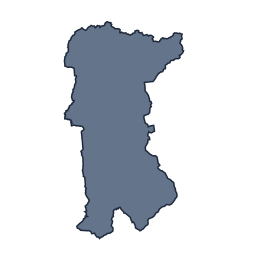 Det Khi Na, Mandalay, Myanmar (orthographic projection), rotated 85°
{"feature_id": "60261553B61671453611956", "entity_name": "Det Khi Na", "entity_type": "district", "adm_level": 2, "iso_a3": "MMR", "parent_name": "Myanmar", "parent_adm1": "Mandalay", "projection": "orthographic", "projection_center": [96.227, 19.679], "detail": "fine", "context": "isolated", "style": "filled", "palette": "slate", "viewbox_px": 256, "rotation_deg": 85, "n_neighbors": 0, "source": "geoboundaries", "source_scale": "gbopen_adm2", "svg_char_len": 5831}
<svg xmlns="http://www.w3.org/2000/svg" viewBox="0 0 256 256"><g transform="rotate(85 128 128)"><path d="M172.2,176.7L173.3,175.4L180.7,175.4L181.5,175.5L182.0,176.0L182.8,176.0L183.3,175.8L184.2,174.8L185.9,175.7L188.5,175.7L188.7,176.0L189.8,176.1L192.6,175.1L196.5,172.9L197.3,173.4L197.8,173.2L198.6,174.1L200.3,175.1L200.9,175.7L202.0,177.3L202.6,177.5L203.5,177.2L203.9,176.8L205.4,176.9L206.9,176.4L207.3,177.0L207.6,178.2L207.9,177.8L208.9,177.2L210.5,176.8L210.9,177.3L211.6,177.3L212.7,176.1L212.8,176.6L212.1,177.7L212.1,178.4L213.9,178.5L214.5,179.6L214.5,180.1L216.6,181.0L219.3,185.0L221.5,187.6L223.3,187.2L224.1,185.6L225.8,184.0L226.9,176.8L226.8,175.9L227.9,174.1L230.1,173.3L230.0,170.4L232.0,169.7L234.0,168.3L234.2,166.7L235.6,166.0L234.8,165.0L234.0,162.7L232.8,161.2L232.2,158.8L231.3,158.1L231.1,154.9L229.4,152.1L226.5,151.7L225.9,151.9L224.1,153.2L221.8,152.4L221.1,151.8L220.5,151.9L219.8,151.6L219.0,151.7L218.0,152.5L215.7,151.6L215.1,150.5L214.7,150.2L213.9,150.3L213.2,150.5L211.5,149.7L209.5,149.9L207.9,148.5L207.9,147.8L208.3,146.9L207.0,146.2L207.0,145.9L207.8,145.1L206.5,143.9L206.5,142.6L207.4,142.6L211.2,139.7L212.4,139.4L212.7,138.0L217.3,133.4L219.5,133.1L221.5,132.2L222.5,132.1L222.0,131.2L223.1,130.3L226.2,129.2L227.8,129.3L228.5,128.9L229.2,128.0L230.3,126.1L231.4,125.2L231.2,124.1L230.3,122.9L229.9,121.7L227.0,118.8L226.3,117.1L225.6,116.5L224.9,116.3L221.8,116.3L220.3,115.3L219.6,113.3L219.3,111.8L218.0,109.7L214.9,107.4L214.6,106.0L214.3,105.4L211.6,103.8L211.0,103.1L209.6,101.0L209.1,98.1L208.1,97.1L207.7,96.4L207.7,95.6L208.3,93.6L207.8,91.9L207.3,91.1L205.2,89.0L204.1,88.0L202.4,87.0L201.4,85.8L200.2,85.1L197.1,85.2L195.0,86.1L192.7,86.1L190.4,87.0L186.6,87.2L186.1,87.4L184.9,89.1L184.1,89.3L183.8,89.9L183.0,90.6L181.5,93.1L180.2,93.3L176.0,95.0L174.8,96.6L173.6,97.6L173.3,99.1L171.0,101.4L170.3,101.7L169.4,101.6L168.8,101.0L168.2,99.7L167.8,99.5L165.6,101.0L160.3,101.5L159.0,101.9L157.9,103.4L158.1,104.1L157.8,105.8L155.5,108.9L153.1,110.9L152.5,111.5L152.1,112.4L149.5,112.5L147.9,112.2L144.5,109.7L141.3,109.1L141.5,107.4L139.2,107.5L137.9,108.6L136.6,109.0L133.5,107.6L134.4,106.7L134.9,105.2L134.7,104.6L134.0,103.3L133.5,101.9L127.6,102.2L127.9,105.7L128.6,107.7L126.1,108.2L125.5,109.2L125.1,109.6L124.8,110.3L119.5,111.3L117.0,110.9L116.1,106.8L114.6,105.1L110.1,104.4L108.6,102.9L108.0,103.4L106.8,103.4L105.6,102.3L103.7,102.8L103.6,103.9L100.7,104.2L97.4,104.9L94.6,106.2L92.6,107.8L90.1,107.5L86.2,107.5L85.0,107.8L84.0,107.6L83.8,98.8L80.9,96.3L79.1,95.2L76.6,92.9L76.1,92.8L76.1,92.0L75.0,90.6L75.1,89.2L74.8,88.6L73.9,87.8L72.9,87.7L72.1,86.5L72.2,85.6L71.4,85.4L69.6,85.5L68.7,85.2L68.2,84.5L67.9,83.6L67.0,82.9L66.8,81.2L66.5,80.5L65.0,80.0L64.6,79.4L64.6,78.4L64.4,77.7L64.6,76.6L64.0,76.1L63.2,74.7L63.2,72.7L63.4,71.5L62.3,70.0L60.1,70.6L60.0,69.4L57.9,67.0L55.8,65.9L55.3,66.7L54.4,67.1L53.2,66.5L51.0,67.0L50.0,67.4L48.2,68.8L47.8,68.8L46.3,68.0L45.0,68.1L44.4,66.6L43.5,66.3L42.7,66.4L42.2,66.7L41.0,66.6L40.3,66.5L39.8,66.0L39.3,65.9L39.3,66.2L38.1,68.0L38.3,69.4L37.5,71.7L37.5,72.7L37.3,73.4L38.4,74.7L39.2,74.7L39.9,75.3L40.8,76.8L41.1,77.9L41.6,78.2L41.6,79.1L42.4,80.6L42.5,81.6L41.9,83.5L42.2,84.1L42.0,84.6L41.6,84.8L41.2,85.4L41.8,85.8L41.7,86.6L42.2,87.4L42.9,87.7L43.7,88.7L44.5,88.9L44.9,90.2L44.0,92.9L43.9,95.3L42.3,95.4L41.5,96.1L39.9,94.8L39.4,94.7L37.8,96.6L37.5,98.9L38.1,99.7L36.5,101.1L37.0,102.6L37.1,104.5L34.1,105.9L34.5,106.5L33.8,108.9L32.6,108.8L31.8,109.1L31.5,110.8L32.1,112.7L32.7,112.6L33.8,112.9L34.1,115.0L35.1,115.9L35.0,116.6L35.6,117.5L35.5,118.5L34.5,119.4L34.4,120.8L33.2,121.6L33.0,122.7L33.2,124.0L31.9,126.1L32.6,127.2L32.4,127.8L30.3,127.6L29.7,127.2L29.1,127.6L28.7,128.0L28.2,129.3L28.0,132.5L27.3,132.7L26.3,133.9L25.8,135.0L24.6,135.9L23.3,135.2L22.2,136.4L21.6,136.0L21.2,137.8L20.4,139.4L20.4,139.9L21.2,140.6L21.1,140.9L21.6,141.7L23.3,142.2L23.9,143.0L23.9,144.1L24.3,145.8L25.3,147.0L24.0,147.1L23.6,147.9L23.8,148.8L23.2,149.5L25.3,151.7L25.1,152.1L23.5,152.5L23.6,153.2L23.2,154.7L22.6,155.8L23.6,157.2L24.1,158.7L26.3,160.6L27.0,161.7L25.8,163.9L24.7,164.5L24.2,165.2L25.3,166.6L26.1,169.2L27.8,172.6L29.0,172.5L30.1,172.9L30.7,173.8L30.9,174.7L33.3,176.9L35.1,177.3L36.0,179.0L38.0,179.8L40.4,180.6L41.4,180.5L42.3,181.0L43.1,180.5L46.6,180.8L47.4,181.5L47.8,182.4L48.5,183.2L49.3,183.3L49.8,183.1L50.4,183.3L51.3,184.5L55.8,185.5L59.3,185.3L60.2,185.5L61.0,185.3L61.2,184.5L62.2,182.9L62.5,178.8L63.4,177.4L63.5,176.8L64.1,176.5L71.3,176.6L71.6,174.9L72.3,174.9L73.1,175.1L73.5,175.6L75.2,176.2L76.4,175.9L78.5,176.1L80.1,177.3L84.1,178.3L84.6,179.3L84.9,179.5L86.6,179.4L87.1,179.8L87.6,179.7L89.0,180.7L92.7,181.6L94.0,181.0L95.2,181.1L96.2,180.2L96.0,179.3L96.5,179.4L98.1,180.7L98.2,181.3L99.1,181.6L99.0,181.9L99.8,182.4L101.1,184.6L102.4,184.7L102.9,185.5L103.5,185.3L103.8,185.9L105.4,186.5L105.1,187.4L105.6,188.5L106.4,188.3L107.2,188.9L107.7,189.9L108.1,190.1L108.8,189.8L109.1,189.2L109.4,189.5L109.9,189.4L110.2,189.6L110.6,189.3L111.1,189.4L111.6,190.1L113.4,190.1L113.3,189.7L113.7,188.7L113.5,187.8L114.1,187.6L114.3,187.4L114.4,186.8L114.3,185.5L115.0,185.2L115.0,184.6L115.3,184.1L116.2,184.2L116.4,183.8L117.2,184.5L117.6,184.3L117.9,183.5L118.3,183.4L118.3,184.2L119.7,184.1L120.4,184.3L120.9,184.1L120.5,181.8L120.8,180.3L121.5,179.0L121.2,178.0L121.9,176.2L122.3,173.7L123.0,173.2L123.3,172.7L124.7,172.1L125.7,172.2L127.0,173.8L127.1,174.5L127.9,174.8L131.5,174.7L132.6,174.5L133.4,174.8L137.0,174.6L142.6,174.7L144.8,174.5L145.9,175.2L146.7,176.5L147.2,176.9L148.3,176.6L148.8,176.2L149.3,176.1L149.7,176.5L150.4,176.6L152.8,175.7L154.7,175.5L157.7,175.8L159.3,175.7L159.7,175.9L161.3,175.8L161.7,176.2L162.5,176.3L164.1,176.2L165.9,177.0L166.5,176.9L166.9,177.1L167.7,176.8L172.0,176.5L172.2,176.7Z" fill="#64748b" stroke="#1e293b" stroke-width="1.5"/></g></svg>